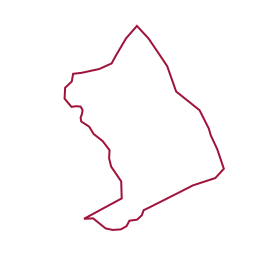 map outline of Mityana (Robinson projection), rotated 338°
{"feature_id": "UGA-3094", "entity_name": "Mityana", "entity_type": "County", "adm_level": 1, "iso_a3": "UGA", "parent_name": "Uganda", "parent_adm1": "", "projection": "robinson", "projection_center": [32.026, 0.462], "detail": "fine", "context": "isolated", "style": "outline", "palette": "rose", "viewbox_px": 256, "rotation_deg": 338, "n_neighbors": 0, "source": "natural_earth", "source_scale": "10m", "svg_char_len": 711}
<svg xmlns="http://www.w3.org/2000/svg" viewBox="0 0 256 256"><g transform="rotate(338 128 128)"><path d="M123.4,62.5L137.0,62.0L143.4,56.7L159.7,44.2L174.5,36.7L180.6,52.8L185.4,75.2L187.5,85.4L186.3,112.2L201.0,138.3L202.7,158.6L202.0,166.1L202.8,181.0L201.6,201.7L190.2,207.1L166.6,205.5L160.3,206.1L118.7,209.6L111.7,210.1L108.1,214.1L102.1,216.4L94.6,214.5L89.8,218.5L83.3,219.3L75.7,216.8L69.6,212.7L61.8,198.7L53.2,195.7L95.8,190.9L101.7,175.0L97.9,157.4L99.2,148.8L102.6,141.7L99.6,130.7L93.9,120.7L92.5,112.2L87.1,104.5L87.9,100.7L90.5,97.8L92.6,94.4L92.1,90.4L88.1,88.4L83.5,87.2L80.2,77.0L84.8,67.1L93.3,63.8L97.4,57.2L105.8,59.5L123.4,62.5Z" fill="none" stroke="#9f1239" stroke-width="2"/></g></svg>